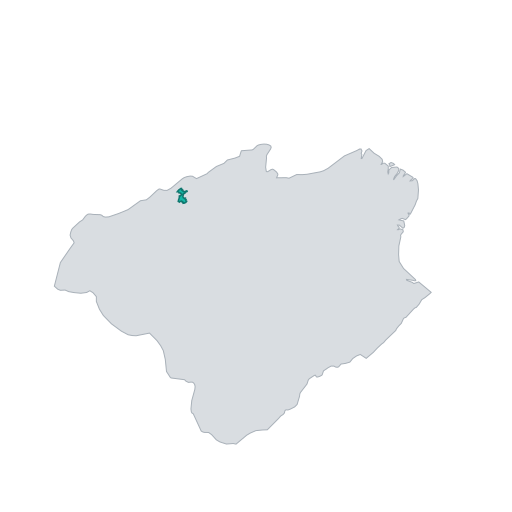 Yola South, Adamawa, Nigeria shown in context, rotated 223°
{"feature_id": "59680162B24147659958725", "entity_name": "Yola South", "entity_type": "district", "adm_level": 2, "iso_a3": "NGA", "parent_name": "Nigeria", "parent_adm1": "Adamawa", "projection": "equal_earth", "projection_center": [12.362, 9.242], "detail": "fine", "context": "in_parent", "style": "filled", "palette": "teal", "viewbox_px": 512, "rotation_deg": 223, "n_neighbors": 0, "source": "geoboundaries", "source_scale": "gbopen_adm2", "svg_char_len": 5642}
<svg xmlns="http://www.w3.org/2000/svg" viewBox="0 0 512 512"><g transform="rotate(223 256 256)"><path d="M382.9,96.4L394.6,117.8L397.0,133.8L398.0,141.6L399.9,142.6L403.6,143.0L406.2,144.5L407.8,147.2L408.8,149.6L409.0,151.1L408.3,160.6L407.4,164.1L407.9,168.8L407.7,170.8L407.3,172.2L405.7,173.8L403.5,175.3L398.2,179.9L396.7,180.6L394.5,180.7L392.6,181.8L390.3,184.3L385.4,193.5L381.2,202.7L378.2,217.6L374.5,222.3L373.8,226.4L373.2,235.8L372.7,238.6L372.1,239.4L368.1,241.2L365.8,243.3L364.4,247.5L362.6,261.9L362.0,264.3L360.7,266.8L358.7,269.5L356.9,271.0L352.3,272.0L347.9,282.8L347.9,284.7L346.0,294.5L342.6,301.9L342.4,306.7L338.2,313.2L336.0,317.7L338.2,322.3L338.4,323.1L331.2,330.9L330.7,332.1L330.4,337.6L329.8,339.0L328.5,341.0L326.6,343.2L324.6,344.9L322.3,346.1L320.2,346.5L319.0,345.8L318.3,344.2L317.1,337.5L316.5,336.1L315.1,334.8L309.5,327.5L306.2,324.9L305.4,325.1L304.9,325.8L303.9,329.5L303.0,330.9L301.2,331.3L298.1,331.4L295.9,330.8L295.3,330.1L294.3,327.2L287.3,333.9L284.9,335.4L281.8,343.3L277.5,347.2L274.4,350.6L266.4,361.4L264.7,364.5L263.1,369.3L259.6,389.5L254.1,402.1L253.3,404.8L253.0,404.7L252.3,405.9L250.1,405.1L249.1,402.8L247.8,402.4L245.5,399.0L245.0,399.5L247.4,408.2L246.5,411.7L239.7,411.7L233.9,412.9L229.8,412.8L227.8,411.5L226.9,408.3L226.6,408.6L226.4,410.4L225.1,411.7L220.6,412.0L218.6,409.8L217.0,407.3L215.3,406.2L215.5,407.2L217.5,409.6L217.2,413.2L213.6,417.2L211.3,417.4L209.9,415.7L209.1,412.8L208.8,408.6L207.8,405.9L207.3,405.9L207.9,410.4L207.9,414.7L209.7,418.0L207.0,419.1L203.8,419.2L203.4,418.0L203.0,415.2L202.5,414.5L201.8,419.1L195.2,420.5L194.3,420.3L194.1,419.4L194.6,418.1L194.5,416.0L193.0,417.6L192.8,420.9L192.0,421.4L189.5,420.9L186.8,419.2L182.3,415.2L176.9,408.5L176.1,405.6L174.5,401.9L171.7,391.9L172.3,391.4L173.5,391.9L174.1,391.0L171.9,390.3L171.4,389.6L171.3,387.3L171.4,384.6L174.8,383.2L175.6,381.6L176.1,379.9L171.8,382.4L167.9,379.6L167.1,377.8L167.5,376.5L172.1,376.4L173.7,375.1L172.7,374.7L171.0,374.7L170.3,373.9L170.4,371.8L169.8,372.3L169.1,374.1L166.4,375.4L164.8,374.1L164.7,371.1L164.4,369.8L163.1,368.7L158.4,360.8L152.6,354.2L147.5,349.6L139.6,347.5L123.2,347.5L122.3,346.9L123.3,345.9L124.7,345.2L130.0,341.5L129.2,341.0L123.7,343.3L121.8,343.5L119.3,348.0L103.1,348.9L103.2,346.9L104.0,341.1L105.0,337.1L103.9,332.2L103.7,327.8L104.4,326.4L104.6,324.7L104.5,313.4L105.4,311.8L105.4,310.6L103.8,305.8L103.9,302.1L103.6,298.5L103.0,296.9L103.8,283.1L103.6,279.7L104.1,277.3L104.5,271.3L104.5,265.5L105.6,256.3L112.6,255.1L114.3,251.5L115.3,247.0L115.0,242.4L117.3,238.5L120.1,235.0L120.0,231.2L120.7,230.0L122.0,229.1L123.9,228.6L126.0,226.7L127.1,223.4L128.3,218.0L126.6,214.3L126.6,213.5L127.3,211.5L128.4,209.5L129.3,208.8L131.3,209.3L131.9,208.5L133.3,202.6L133.2,201.0L131.4,197.1L130.4,186.4L129.9,185.0L128.5,183.1L124.7,175.5L124.8,172.0L126.5,167.4L127.6,165.2L129.1,164.0L129.4,162.9L128.9,161.7L128.2,160.7L128.1,158.6L128.8,155.8L128.7,152.7L129.2,136.6L132.4,133.4L137.0,128.2L139.4,122.7L140.6,118.6L142.3,104.8L144.8,103.3L149.4,98.3L155.6,95.4L159.6,94.5L166.7,95.1L170.3,94.6L173.3,91.9L174.7,91.1L176.7,90.6L194.2,97.8L195.8,97.5L197.1,98.0L199.3,99.8L204.4,106.5L209.8,116.8L211.5,119.0L213.2,120.2L214.9,120.6L216.2,120.5L217.5,119.5L219.2,117.5L221.8,116.7L223.9,116.8L234.9,108.9L236.0,108.8L242.7,110.5L251.8,118.5L259.3,123.6L264.6,125.4L270.8,126.6L281.3,127.0L289.3,115.9L292.3,113.4L295.8,111.2L303.3,109.2L315.5,107.8L327.1,108.4L334.2,110.3L341.8,113.9L345.0,117.4L350.1,118.0L353.8,117.3L355.0,113.8L358.7,109.3L364.2,105.1L368.7,102.2L372.4,100.9L375.7,97.5L378.3,96.5L382.9,96.4ZM221.0,416.5L218.5,417.5L216.9,417.3L219.1,412.7L220.2,413.7L221.7,414.1L221.0,416.5Z" fill="#d9dde1" stroke="#a8b0b8" stroke-width="1"/><path d="M355.1,250.0L354.8,250.3L354.7,250.4L354.3,250.4L354.1,250.4L354.0,250.5L353.9,250.5L353.7,250.6L353.6,250.4L353.2,250.4L352.9,250.4L352.6,250.5L352.4,250.5L352.2,250.4L352.2,250.2L352.2,249.9L352.2,249.7L352.3,249.6L352.3,249.4L352.3,249.2L352.4,248.9L352.4,248.7L352.5,248.5L352.5,248.4L352.5,248.2L352.4,248.1L352.4,247.9L352.5,247.9L352.6,248.0L352.7,247.9L352.8,247.9L353.0,247.9L353.0,248.0L353.1,247.8L352.7,247.3L352.4,247.0L352.4,246.9L352.2,246.8L351.9,246.2L351.6,245.8L351.4,245.5L351.3,245.1L351.1,244.7L351.0,244.4L350.8,244.1L350.6,243.8L350.4,243.4L350.3,243.2L350.1,242.9L349.8,243.1L348.8,243.1L348.6,244.0L348.6,244.3L348.1,244.9L348.0,245.1L347.9,245.3L347.6,245.0L347.3,245.0L347.2,245.2L347.1,245.3L346.9,245.5L346.7,245.2L346.4,245.2L346.1,245.1L345.6,245.7L345.1,245.6L344.7,245.5L344.7,245.4L344.6,245.5L344.6,245.8L344.7,246.0L344.4,246.1L343.9,247.1L344.0,247.4L343.9,247.8L343.9,248.6L344.0,248.8L344.9,248.6L345.3,248.8L345.7,249.2L345.7,249.4L345.7,249.6L345.8,249.6L346.0,249.7L346.3,249.5L347.0,249.2L347.3,249.3L347.4,249.9L347.6,249.7L347.8,249.5L347.9,249.4L348.1,249.3L348.3,249.2L348.7,249.0L349.0,249.2L349.4,249.3L349.7,249.4L349.9,249.5L350.1,249.7L350.2,249.9L350.3,250.0L350.5,250.3L350.6,250.6L350.7,250.9L350.9,251.1L351.0,251.3L351.2,251.6L351.3,251.9L351.6,252.2L351.0,252.8L350.8,253.5L351.3,254.3L350.4,256.2L351.0,256.5L351.4,256.0L351.5,255.4L351.9,254.9L352.5,253.9L353.6,253.8L353.8,253.9L354.0,254.0L354.3,254.2L354.3,254.3L354.3,254.2L354.4,254.3L354.7,254.3L355.4,254.3L355.5,253.7L355.7,253.9L356.6,254.6L356.9,254.3L357.1,254.0L357.1,253.9L357.2,253.5L357.2,253.2L357.3,252.9L357.2,252.6L357.3,252.2L357.6,251.6L357.5,251.1L357.5,250.8L357.5,250.5L357.5,250.4L357.4,249.4L357.2,249.6L356.9,249.7L356.7,249.7L356.3,249.9L356.0,250.0L355.4,249.8L355.2,249.7L355.1,250.0Z" fill="#14b8a6" stroke="#0f766e" stroke-width="1.5"/></g></svg>